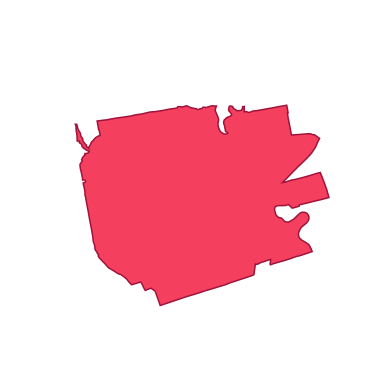 the district of Siminicea, Suceava, Romania, rotated 23°
{"feature_id": "2599482B41742181273459", "entity_name": "Siminicea", "entity_type": "district", "adm_level": 2, "iso_a3": "ROU", "parent_name": "Romania", "parent_adm1": "Suceava", "projection": "albers", "projection_center": [26.395, 47.713], "detail": "fine", "context": "isolated", "style": "filled", "palette": "rose", "viewbox_px": 384, "rotation_deg": 23, "n_neighbors": 0, "source": "geoboundaries", "source_scale": "gbopen_adm2", "svg_char_len": 5896}
<svg xmlns="http://www.w3.org/2000/svg" viewBox="0 0 384 384"><g transform="rotate(23 192 192)"><path d="M311.9,133.6L303.8,125.2L302.4,123.9L299.6,126.1L294.5,130.4L288.9,134.9L282.9,139.5L280.0,141.5L279.6,141.6L274.7,145.8L273.6,146.7L271.6,148.0L275.0,139.4L278.6,130.1L279.3,128.5L279.6,127.7L279.8,127.1L281.1,124.3L284.2,116.9L285.1,114.4L285.7,113.0L286.9,109.5L287.0,108.7L288.1,103.0L288.2,101.2L288.2,98.5L288.2,96.6L288.5,92.8L282.1,91.4L281.4,91.8L280.7,92.0L279.8,92.1L279.2,92.1L277.8,92.3L277.3,92.5L276.0,93.1L261.3,100.7L253.2,88.6L251.5,86.2L248.9,81.8L249.5,81.5L245.3,75.1L242.2,77.2L238.9,79.2L231.9,84.0L230.6,84.7L221.3,90.9L215.9,94.0L215.4,94.7L215.0,95.2L213.9,96.1L213.1,96.5L212.5,96.7L211.7,96.7L210.5,96.7L208.7,97.7L206.9,93.4L206.7,92.8L205.4,93.6L205.2,93.9L205.6,94.8L205.8,95.5L205.8,95.8L205.7,96.2L205.6,96.9L205.6,97.3L205.3,97.7L204.8,98.0L202.1,99.5L201.4,99.5L199.5,99.2L198.8,99.2L197.9,98.9L197.4,98.6L197.0,98.5L196.6,98.1L196.2,97.6L195.9,97.4L194.4,97.7L194.0,97.7L193.2,98.1L193.0,98.5L192.8,98.8L192.8,99.0L193.0,99.7L193.4,101.0L193.4,101.4L193.4,101.7L193.8,102.4L194.2,102.9L194.6,102.9L195.4,103.3L196.1,103.9L197.1,104.4L197.9,104.9L198.2,105.3L198.3,105.6L198.4,106.1L198.3,106.3L197.9,106.7L197.6,107.2L196.5,108.3L196.1,108.8L195.4,109.4L195.1,109.8L194.7,110.3L194.6,110.5L194.5,110.9L194.4,111.3L193.6,112.8L193.5,113.2L193.5,113.5L193.7,113.9L193.7,114.8L193.8,115.3L193.9,115.6L195.0,117.2L195.6,117.9L196.1,118.3L196.7,119.1L197.3,120.3L198.0,121.2L199.0,122.9L199.3,123.1L199.9,123.4L200.3,123.3L200.6,123.2L200.9,123.1L201.0,123.2L201.3,123.5L202.0,123.8L202.0,124.0L201.7,124.4L201.2,125.0L199.9,125.8L199.6,125.9L197.7,125.9L196.1,125.7L195.3,125.5L194.8,125.3L193.8,124.7L192.5,123.6L191.1,122.0L190.3,121.0L189.8,120.2L189.1,118.7L188.9,118.1L188.8,117.5L188.6,115.9L188.3,115.1L188.0,114.6L186.6,112.9L183.6,110.0L182.1,108.6L181.9,108.3L181.7,108.0L181.3,106.9L181.1,106.0L181.0,105.2L180.9,104.4L180.9,103.3L179.8,103.8L178.7,104.1L176.7,104.9L175.8,105.4L174.6,106.6L173.9,107.1L172.7,108.1L171.7,108.8L169.5,109.4L168.9,109.8L168.4,111.5L167.5,111.9L166.6,112.5L165.9,113.4L165.1,113.8L163.2,113.6L162.6,114.0L161.4,114.1L158.8,114.7L155.6,114.9L153.9,114.6L152.7,115.1L152.0,115.8L151.0,116.6L150.6,117.1L148.9,117.8L147.1,118.3L145.6,119.0L145.5,119.3L145.4,120.5L142.0,122.7L138.7,124.6L134.3,127.6L133.2,128.4L131.2,129.6L126.0,132.8L124.7,133.4L121.9,134.9L119.6,136.6L116.9,138.6L113.5,141.0L112.8,141.2L108.8,143.8L106.1,145.9L101.0,149.0L94.1,153.1L87.7,157.2L86.6,158.0L85.5,158.8L84.0,159.6L82.4,160.5L76.9,163.7L81.7,171.1L82.1,170.9L83.0,172.2L85.3,175.8L84.5,176.5L83.8,177.2L82.7,178.8L82.3,179.3L82.0,179.7L81.8,180.6L81.4,181.3L80.9,182.9L80.7,184.0L80.5,184.4L80.1,184.8L80.0,185.2L79.9,185.7L80.0,187.1L80.0,188.0L79.8,189.3L79.5,191.2L79.5,191.6L79.9,192.2L78.1,191.8L77.5,191.4L76.9,190.9L76.4,190.1L76.1,190.0L73.6,188.9L71.7,187.6L71.2,187.1L70.8,185.9L70.4,185.5L68.2,184.1L67.4,183.4L66.9,182.4L65.8,181.1L65.0,180.5L63.4,179.4L62.0,178.1L60.5,175.9L59.3,174.7L58.1,175.3L59.1,176.1L59.6,176.8L60.2,178.4L61.3,180.5L64.3,185.4L65.1,187.2L65.8,188.7L66.6,190.0L67.9,189.1L68.1,189.1L68.7,189.4L68.9,190.5L69.1,190.7L69.4,190.8L70.0,190.8L70.9,191.0L71.4,191.2L72.0,191.6L72.5,192.2L72.7,192.7L73.0,193.0L73.5,193.3L74.7,193.6L74.7,193.8L75.6,193.8L75.7,194.2L76.0,194.2L76.7,194.2L78.0,194.7L78.5,194.8L80.7,194.8L81.5,194.6L81.6,195.2L81.4,196.0L81.1,196.3L80.8,196.9L80.3,197.4L78.9,198.3L78.4,198.4L78.4,198.6L78.5,199.1L78.8,199.4L78.9,199.8L78.8,200.4L78.7,200.9L78.4,201.1L78.1,201.8L78.0,202.7L77.8,203.1L77.7,203.5L77.9,204.5L77.8,204.9L77.8,205.6L78.1,205.7L78.6,206.1L78.7,206.5L78.7,206.9L78.7,207.4L78.5,208.1L78.4,208.5L78.3,209.0L78.1,209.8L78.1,210.2L78.5,211.3L80.1,214.1L81.8,216.3L85.7,221.9L86.4,223.5L86.8,223.8L87.0,223.6L87.4,223.3L88.2,223.1L89.1,223.0L89.3,223.1L89.5,223.4L90.1,224.0L90.0,224.4L89.8,224.6L89.7,224.9L89.4,225.2L89.3,225.4L89.1,225.6L88.3,226.0L89.0,227.4L91.0,230.0L93.1,233.2L93.9,234.4L93.9,234.9L94.0,235.4L94.7,236.6L96.3,238.6L97.2,240.2L99.2,243.2L101.3,246.3L102.2,247.8L103.0,248.8L105.9,253.3L108.2,256.9L113.8,265.2L118.4,272.4L119.5,274.4L120.8,276.6L121.6,277.3L123.5,279.7L124.4,281.4L125.4,282.9L126.6,283.8L127.6,284.1L128.0,284.3L128.5,285.3L128.8,285.5L130.2,286.0L130.4,286.2L130.6,286.7L130.5,287.2L130.7,287.5L131.0,288.0L133.1,289.2L140.0,292.1L143.7,293.9L144.7,294.3L145.8,294.5L148.1,294.8L150.3,295.1L155.6,296.0L157.0,296.1L157.6,296.0L158.0,295.8L158.3,295.7L159.6,296.0L160.2,296.1L163.4,296.9L165.9,297.7L167.4,298.5L168.2,299.0L169.7,299.8L171.4,300.4L172.0,300.8L172.6,301.0L179.7,295.1L180.1,295.0L181.5,296.0L184.1,298.1L184.6,298.8L185.4,299.3L186.7,300.3L187.4,300.9L191.8,296.6L196.8,297.6L207.1,308.9L226.4,291.7L239.3,280.9L241.5,278.8L246.5,274.7L259.2,264.1L262.6,260.7L279.5,245.9L281.3,243.9L278.5,233.5L279.0,233.3L279.7,233.3L280.4,233.0L282.7,230.3L290.7,223.3L291.1,224.2L291.5,226.0L292.0,227.7L292.6,228.4L294.8,226.3L303.3,219.4L308.3,215.2L313.0,210.8L316.3,208.4L325.9,199.9L324.1,198.0L322.0,196.2L320.2,194.8L315.8,193.9L311.7,193.4L308.6,192.2L306.6,189.7L306.1,187.7L306.0,185.1L306.4,181.8L309.0,176.8L309.9,174.7L310.2,172.7L310.1,171.0L309.3,169.1L308.3,168.0L307.2,167.2L305.7,166.6L303.5,166.7L301.5,167.5L300.0,168.8L298.5,171.8L296.4,176.9L294.2,180.0L292.7,181.8L290.6,182.7L288.9,182.9L286.6,181.9L285.1,181.2L283.9,181.1L282.5,181.5L280.9,181.4L278.4,180.4L275.2,176.6L274.3,173.9L274.5,172.9L275.6,171.6L277.3,170.6L280.6,169.2L282.3,168.4L283.8,167.6L285.1,166.2L285.4,165.9L287.9,166.6L289.1,167.1L289.8,167.6L290.3,167.6L290.7,167.6L292.8,166.0L294.8,164.4L296.0,163.4L296.2,163.0L296.0,162.7L295.7,162.3L295.7,162.0L304.9,155.2L306.1,154.2L313.9,148.5L320.2,143.6L316.8,139.3L316.4,138.8L314.7,136.6L313.4,135.4L311.9,133.6Z" fill="#f43f5e" stroke="#9f1239" stroke-width="1.5"/></g></svg>